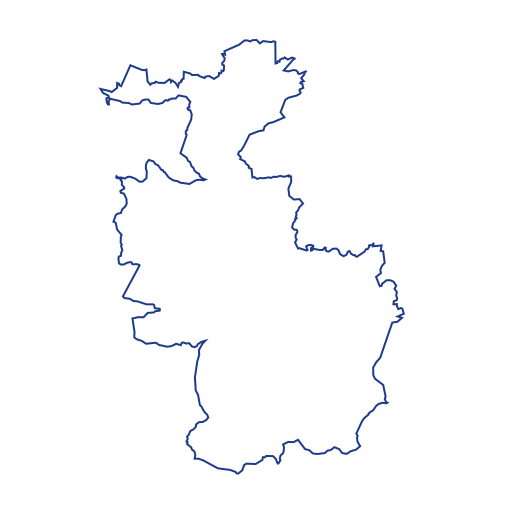 Albino Zertuche, Puebla, Mexico, rotated 86°
{"feature_id": "50627088B37931704474648", "entity_name": "Albino Zertuche", "entity_type": "district", "adm_level": 2, "iso_a3": "MEX", "parent_name": "Mexico", "parent_adm1": "Puebla", "projection": "natural_earth1", "projection_center": [-98.563, 18.013], "detail": "fine", "context": "isolated", "style": "outline", "palette": "blue", "viewbox_px": 512, "rotation_deg": 86, "n_neighbors": 0, "source": "geoboundaries", "source_scale": "gbopen_adm2", "svg_char_len": 6033}
<svg xmlns="http://www.w3.org/2000/svg" viewBox="0 0 512 512"><g transform="rotate(86 256 256)"><path d="M453.9,331.4L454.2,327.5L456.1,323.1L465.1,308.9L467.6,296.8L470.0,291.3L471.4,290.7L471.8,289.0L468.9,284.7L463.5,282.3L462.5,279.8L463.5,270.9L459.9,263.9L457.2,263.2L457.5,261.1L456.2,259.8L456.8,253.0L459.7,250.5L464.4,248.9L464.6,248.2L461.5,245.9L459.6,246.4L456.4,245.3L454.9,242.9L452.3,241.9L448.4,241.4L445.9,242.2L443.7,236.7L444.3,231.6L442.3,226.9L452.1,220.5L453.4,216.5L456.9,213.1L457.8,208.7L457.4,201.1L455.1,198.1L454.9,195.2L452.2,191.1L454.5,186.4L458.6,183.8L459.7,179.3L457.4,175.2L456.2,169.8L453.0,165.4L448.2,167.7L444.4,167.9L442.3,167.2L440.2,168.3L428.5,161.9L425.3,159.4L421.9,154.7L421.0,154.7L419.8,153.1L418.1,149.9L413.7,146.4L412.0,143.7L411.3,139.6L412.0,136.5L411.5,135.2L410.6,136.5L407.7,137.5L405.3,136.5L393.5,138.1L386.7,145.9L382.9,147.3L375.5,146.9L370.6,143.7L366.2,139.2L331.9,124.7L331.5,119.6L327.9,114.7L326.2,118.9L323.9,112.6L319.0,113.6L318.0,114.9L318.9,117.7L315.6,119.0L313.8,118.8L313.8,122.2L310.8,121.8L309.9,118.7L308.3,118.1L305.1,118.9L301.8,118.0L298.3,120.1L295.4,118.2L291.2,120.6L289.6,123.7L289.3,127.5L292.5,132.1L294.6,132.9L294.8,134.6L285.3,137.7L281.6,132.5L278.5,133.0L274.5,131.0L271.8,128.1L260.2,128.8L259.6,131.3L254.2,130.0L254.5,138.7L251.0,137.5L252.9,138.8L253.4,142.5L254.5,142.3L257.0,144.2L257.0,146.0L259.2,147.4L263.8,155.4L263.2,156.7L262.0,157.2L261.8,159.0L260.3,161.1L257.6,162.3L258.1,164.0L261.2,165.8L262.3,168.7L260.0,172.0L256.0,173.3L254.3,175.0L254.1,178.8L256.7,183.1L256.1,185.3L254.6,186.2L252.8,185.8L252.3,186.8L254.6,189.0L254.4,192.2L252.8,198.2L254.4,199.8L254.4,200.8L252.1,200.7L250.6,198.1L249.7,198.3L248.9,200.2L248.8,203.0L249.9,205.3L253.7,204.2L254.0,205.3L251.2,212.3L251.5,213.5L245.2,216.1L242.5,214.3L241.0,215.1L237.9,215.1L235.2,213.1L233.6,213.1L232.6,213.8L232.4,216.1L230.2,218.0L225.9,216.7L223.2,214.3L221.7,214.4L221.2,212.8L219.4,213.6L217.8,212.7L215.4,212.9L213.3,210.8L210.6,209.6L206.9,205.4L202.3,208.6L202.3,214.3L198.4,218.6L191.0,219.0L184.5,215.7L179.1,215.5L179.0,217.4L178.3,217.0L177.8,217.6L179.0,222.3L177.8,226.3L178.6,230.5L178.1,232.8L179.2,235.8L178.4,237.6L179.0,242.7L178.5,246.6L179.2,249.4L177.2,252.1L177.4,254.1L168.8,254.4L167.5,257.1L165.8,256.8L163.0,259.8L160.9,260.4L158.2,265.0L156.3,264.3L153.3,266.8L150.8,265.7L149.8,263.6L145.8,260.6L134.5,253.9L131.6,244.4L131.2,239.8L127.5,238.4L124.6,234.4L123.6,229.3L119.7,218.0L114.3,221.5L102.3,215.9L100.4,212.7L98.8,204.3L97.2,201.0L96.2,200.0L93.7,201.2L92.8,200.5L91.6,197.1L87.6,197.8L86.8,199.7L85.6,199.1L85.0,196.2L81.8,198.5L78.1,195.0L76.3,194.8L75.0,192.6L77.5,200.0L76.8,201.4L75.3,201.5L73.7,203.0L73.1,205.8L74.1,211.0L72.8,215.4L62.5,205.0L62.1,203.8L61.6,203.7L60.6,206.2L62.2,210.6L59.9,213.6L61.0,214.7L60.8,216.1L61.9,218.4L63.8,219.0L63.2,220.5L65.0,221.4L65.3,223.1L43.7,221.8L43.0,223.6L43.7,225.9L42.1,233.9L44.2,237.3L40.5,240.4L40.5,244.6L41.6,246.9L40.4,249.1L40.2,252.6L43.9,257.8L49.5,273.2L53.0,272.8L52.1,274.3L52.2,275.8L56.7,273.4L59.0,274.0L61.2,276.3L62.9,276.2L63.5,274.8L64.4,274.6L68.5,275.2L69.1,275.6L68.7,277.5L70.8,277.7L71.4,278.6L70.9,280.1L73.7,280.6L76.4,285.5L73.2,290.2L73.5,293.8L74.9,294.8L72.5,300.2L71.3,300.9L71.0,307.2L69.3,309.0L67.2,315.1L74.2,315.9L74.2,316.8L75.6,318.3L76.1,317.8L77.2,318.6L77.9,320.7L81.8,322.0L77.7,324.2L75.2,327.2L76.5,328.7L74.6,328.8L73.7,330.0L77.0,335.2L76.4,341.2L75.1,343.8L76.3,344.9L76.5,348.1L77.8,349.5L74.2,352.0L62.4,352.3L62.9,353.6L62.5,356.7L57.0,368.0L77.2,378.7L76.0,380.5L74.6,380.6L73.7,382.5L78.6,382.8L82.5,388.7L81.5,389.9L78.5,399.4L82.7,397.2L85.8,392.0L88.0,391.5L88.0,393.7L88.8,394.4L92.9,393.9L94.3,393.3L94.6,392.2L91.2,392.2L89.0,390.4L92.0,380.7L93.7,378.5L94.5,372.2L96.2,369.3L95.8,361.4L92.7,358.4L92.2,354.6L92.5,352.3L96.0,350.2L97.5,343.2L96.8,338.6L94.2,335.6L94.9,333.0L93.7,331.9L93.9,330.4L93.0,329.4L93.3,325.2L90.4,322.1L92.4,314.5L97.7,310.8L100.1,312.0L103.1,312.1L103.2,313.6L104.0,314.1L105.6,313.3L106.1,311.4L110.3,310.2L115.5,311.2L123.4,315.5L125.5,315.8L126.2,317.1L128.9,317.6L130.4,316.7L148.3,324.2L153.3,318.1L156.3,317.2L157.6,315.3L162.1,314.0L163.5,312.4L166.5,311.4L168.8,309.3L170.0,307.1L172.5,306.4L174.6,304.4L176.2,301.1L176.8,303.0L176.0,307.1L176.2,310.6L179.5,317.3L177.6,326.4L175.8,329.3L174.8,333.2L171.5,337.7L166.1,341.1L165.7,342.2L164.0,342.7L163.6,344.3L158.8,347.3L157.2,350.0L154.5,351.6L152.7,356.2L155.1,358.4L157.4,359.4L161.4,359.8L163.6,359.0L170.6,359.8L173.8,363.8L173.8,366.9L170.4,371.1L168.2,375.8L168.1,378.4L169.6,381.5L168.3,385.1L168.2,388.0L166.7,389.6L167.9,390.0L168.7,388.9L169.5,385.5L170.2,385.1L171.1,385.6L172.4,384.5L175.5,384.9L178.1,382.9L179.4,382.7L181.8,386.8L183.5,386.4L184.5,383.5L189.8,381.3L194.6,381.3L197.1,382.6L200.2,386.2L203.7,387.8L204.2,391.5L205.6,393.1L211.8,395.8L213.1,393.6L219.9,392.7L225.6,388.6L227.5,389.5L233.3,390.1L235.3,389.1L236.7,389.9L240.9,388.9L243.4,390.3L246.3,390.6L247.0,392.8L248.2,393.4L253.7,393.2L255.1,391.4L255.3,388.6L253.8,385.2L253.3,381.9L253.8,380.4L255.2,380.2L255.8,379.0L255.7,376.1L256.7,373.0L257.4,372.9L287.1,391.6L288.8,390.1L289.8,385.1L292.4,381.3L292.9,377.7L296.6,368.6L297.0,362.2L297.6,361.2L301.1,360.5L301.9,355.8L302.8,355.6L303.8,355.9L304.0,360.0L305.2,362.0L305.2,368.0L309.3,372.5L308.8,377.7L309.7,383.6L323.1,382.5L328.6,383.1L330.6,381.0L332.7,375.9L335.9,371.7L335.5,362.1L338.0,358.8L340.3,350.9L340.0,346.7L338.0,341.8L339.7,337.3L337.7,336.3L337.1,334.8L338.5,331.6L338.3,328.7L341.6,326.4L342.7,323.9L341.8,321.5L339.8,320.0L337.9,316.5L337.0,312.5L339.9,315.7L346.0,319.6L350.6,319.5L357.3,322.0L372.8,325.4L386.0,325.5L390.4,323.5L400.7,322.4L402.4,320.9L407.6,318.6L411.0,315.7L413.8,314.9L416.1,317.0L417.9,320.8L417.7,324.2L419.8,327.5L421.9,327.8L424.4,330.2L426.0,333.7L429.7,335.6L431.4,337.4L433.4,336.8L436.2,338.3L437.0,337.2L438.7,337.9L442.5,333.9L444.5,333.5L446.6,331.1L450.4,330.4L453.9,331.4Z" fill="none" stroke="#1e3a8a" stroke-width="2"/></g></svg>